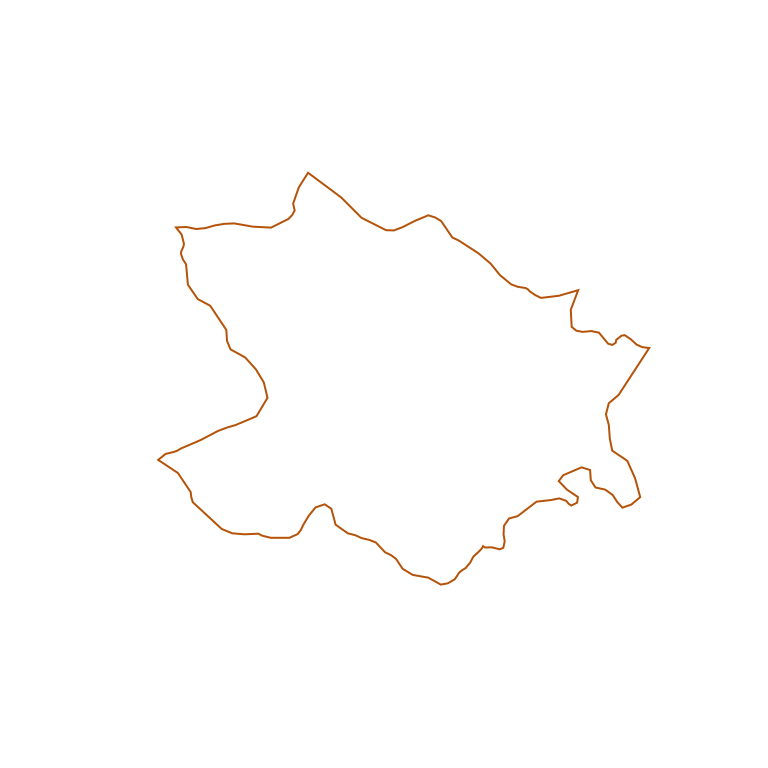 SVG path tracing the border of Sivas, rotated 48°
{"feature_id": "TUR-2295", "entity_name": "Sivas", "entity_type": "Province", "adm_level": 1, "iso_a3": "TUR", "parent_name": "Turkey", "parent_adm1": "", "projection": "equal_earth", "projection_center": [37.51, 39.556], "detail": "fine", "context": "isolated", "style": "outline", "palette": "amber", "viewbox_px": 768, "rotation_deg": 48, "n_neighbors": 0, "source": "natural_earth", "source_scale": "10m", "svg_char_len": 2133}
<svg xmlns="http://www.w3.org/2000/svg" viewBox="0 0 768 768"><g transform="rotate(48 384 384)"><path d="M504.0,190.5L507.7,188.2L508.4,184.3L506.6,181.8L507.0,175.2L508.8,172.4L515.8,170.7L523.8,169.9L529.6,167.3L534.7,162.8L549.1,216.9L548.7,229.8L555.1,239.4L564.8,244.3L575.5,252.6L586.2,259.0L603.9,254.6L622.1,260.5L639.5,269.3L639.1,280.9L635.4,289.6L627.5,289.6L619.6,288.3L610.5,290.3L602.4,296.1L593.9,294.7L585.8,288.4L578.1,293.0L571.7,311.9L573.1,319.1L585.1,318.7L597.8,315.5L601.4,319.9L599.6,326.2L596.3,326.9L592.7,326.8L586.3,330.3L581.8,337.8L573.5,349.4L571.6,373.2L567.6,381.1L569.7,389.8L575.8,395.8L581.6,399.5L585.6,405.0L584.2,408.7L578.0,412.8L576.1,414.7L574.6,416.7L573.0,418.3L570.8,418.9L571.7,421.4L572.0,425.3L572.1,433.1L574.4,439.5L575.4,446.4L574.7,450.4L574.5,454.8L575.6,458.4L576.4,462.1L574.9,469.8L571.1,476.0L557.5,480.7L545.1,490.4L533.8,493.8L522.1,492.1L515.8,493.3L509.8,495.8L496.2,496.1L489.8,499.4L483.6,503.7L477.0,506.6L470.8,510.8L456.2,514.1L441.4,506.6L433.7,508.6L429.9,517.5L431.6,528.3L434.8,538.6L436.8,543.4L437.8,548.5L435.0,557.2L422.6,571.0L415.1,576.1L411.2,577.5L402.3,588.3L393.4,596.7L383.2,601.6L343.9,605.2L339.4,603.1L335.0,600.0L312.3,596.7L289.3,602.6L289.8,593.1L294.0,585.4L295.3,582.0L296.0,578.2L303.1,557.3L307.7,539.1L311.1,530.3L315.1,522.0L322.6,500.3L316.3,479.8L302.5,472.3L287.5,469.4L271.3,469.4L255.6,474.9L246.9,471.8L238.3,465.0L209.6,460.8L196.2,465.6L179.0,463.3L162.6,451.0L156.9,450.1L151.3,447.7L149.8,445.9L147.6,441.0L146.0,438.9L137.6,434.4L128.5,433.8L135.1,425.8L143.1,419.9L148.6,412.5L152.9,403.7L158.3,395.3L164.4,387.9L179.4,376.1L192.2,363.3L197.4,344.6L197.0,339.2L195.3,334.3L189.2,330.9L180.9,315.8L176.2,299.1L216.7,291.0L245.4,289.5L271.0,279.6L276.5,273.9L279.9,265.1L283.6,251.4L288.3,238.2L294.4,234.6L301.1,232.5L320.9,235.2L327.2,232.5L349.9,226.4L365.9,224.2L380.6,225.0L395.1,222.8L401.5,219.4L407.5,214.5L409.9,213.7L412.5,213.7L418.9,212.2L425.1,209.7L435.5,194.9L444.2,176.9L453.8,195.5L467.1,206.3L473.1,205.4L478.2,201.5L483.4,194.5L489.7,189.9L504.0,190.5Z" fill="none" stroke="#b45309" stroke-width="2"/></g></svg>